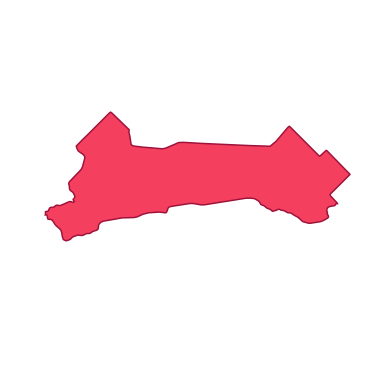 outline of Chardzhou, rotated 135°
{"feature_id": "TKM-359", "entity_name": "Chardzhou", "entity_type": "Province", "adm_level": 1, "iso_a3": "TKM", "parent_name": "Turkmenistan", "parent_adm1": "", "projection": "equal_earth", "projection_center": [63.989, 39.075], "detail": "fine", "context": "isolated", "style": "filled", "palette": "rose", "viewbox_px": 384, "rotation_deg": 135, "n_neighbors": 0, "source": "natural_earth", "source_scale": "10m", "svg_char_len": 2943}
<svg xmlns="http://www.w3.org/2000/svg" viewBox="0 0 384 384"><g transform="rotate(135 192 192)"><path d="M298.4,278.9L297.9,278.8L297.1,278.4L296.4,277.7L295.3,276.2L294.6,275.5L285.7,272.0L284.9,271.4L284.7,271.1L284.3,270.6L283.7,269.0L283.4,268.8L282.6,268.6L282.0,268.4L281.9,269.1L281.6,270.5L281.1,270.9L279.5,270.9L278.8,271.1L278.3,271.4L278.0,271.9L277.5,272.7L277.1,273.8L276.7,274.9L276.5,276.1L276.8,278.3L276.9,279.4L276.6,280.5L276.1,281.2L275.0,282.4L273.2,285.1L271.8,285.9L271.3,285.9L254.5,286.3L251.6,287.3L244.5,291.4L243.3,292.3L242.6,293.7L242.4,295.7L243.2,299.7L243.4,301.7L242.8,303.5L241.4,306.3L232.2,306.4L224.1,306.3L213.1,306.3L203.7,306.3L194.3,306.3L193.1,306.0L192.8,304.6L192.4,280.5L194.0,279.1L194.7,278.4L196.2,275.8L201.5,268.6L201.1,266.3L195.8,259.4L182.3,243.4L179.7,241.7L170.6,238.0L166.6,236.5L163.1,233.3L150.7,219.4L118.9,184.6L111.6,176.8L105.7,170.5L104.4,169.1L96.6,168.4L78.6,169.9L76.9,169.7L76.6,169.4L76.6,160.0L76.6,143.6L76.6,128.2L76.6,127.6L76.4,127.1L75.9,126.9L68.2,126.6L67.7,126.5L67.5,126.2L67.4,125.6L67.8,92.8L68.1,92.7L96.1,92.7L96.6,91.7L96.8,90.9L97.1,82.2L97.2,81.2L97.4,80.8L97.5,80.9L97.7,81.4L97.9,81.9L100.1,81.5L100.8,81.5L104.8,84.3L106.3,84.9L107.8,84.9L109.1,84.2L110.2,83.0L111.0,81.4L111.9,80.9L112.3,79.1L112.9,78.1L113.7,77.6L115.1,77.8L118.9,78.8L122.2,80.2L130.8,86.5L131.5,87.3L134.3,92.0L134.6,92.9L134.7,93.9L134.8,97.5L135.0,98.2L134.7,98.6L135.1,99.6L136.3,103.8L136.7,106.2L137.0,107.2L137.4,107.9L138.7,109.3L139.1,110.0L139.9,113.1L140.4,114.2L141.8,116.1L142.0,116.6L142.3,117.8L142.6,118.2L143.4,118.8L145.2,119.4L148.4,121.2L148.8,121.7L148.9,123.8L149.1,124.8L150.1,126.8L150.4,127.7L150.6,128.7L150.6,130.1L150.7,131.1L151.9,133.7L152.1,134.8L151.8,135.7L151.5,136.6L151.3,137.7L151.4,138.9L152.1,141.8L152.5,143.1L155.3,146.7L155.7,146.9L157.9,149.2L162.4,152.5L167.7,156.3L174.0,160.9L186.8,170.2L192.2,174.1L194.7,176.5L198.9,182.5L201.2,185.0L205.5,188.2L211.0,192.2L217.3,196.8L218.5,197.4L219.6,197.6L220.6,197.4L223.6,195.9L224.8,195.7L225.8,196.3L226.9,197.9L229.2,200.8L237.4,208.0L242.5,211.0L248.2,213.1L250.9,214.8L256.1,219.7L259.8,223.2L265.1,226.9L269.0,229.6L275.5,234.2L278.2,235.1L280.9,234.9L281.9,234.3L283.8,232.7L284.9,232.2L286.2,232.3L290.2,234.3L292.8,234.7L293.9,235.3L296.3,237.4L298.9,238.1L300.2,238.8L301.3,239.9L303.2,242.3L307.2,244.2L308.4,244.6L311.4,244.6L312.9,245.1L314.4,245.8L315.7,246.8L316.2,248.2L316.6,249.3L315.2,252.2L313.0,255.2L311.7,257.7L311.6,259.8L311.9,263.8L311.8,265.9L311.0,269.4L310.8,271.3L311.4,272.7L312.2,273.5L312.8,274.2L313.0,275.0L312.4,276.1L311.6,276.9L311.1,277.8L311.0,278.7L312.0,279.5L311.3,279.9L310.6,280.6L310.0,281.3L309.7,281.6L309.3,281.6L308.8,281.4L308.2,280.5L307.8,280.3L306.8,280.4L304.1,281.3L303.1,281.2L302.3,280.6L301.6,279.9L301.4,279.7L301.0,279.5L300.6,279.4L300.1,278.9L299.7,278.8L298.4,278.9Z" fill="#f43f5e" stroke="#9f1239" stroke-width="1.5"/></g></svg>